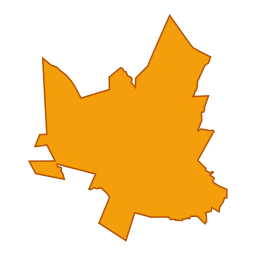 outline of Bulawayo, Bulawayo, Zimbabwe
{"feature_id": "62879985B51719638002761", "entity_name": "Bulawayo", "entity_type": "district", "adm_level": 2, "iso_a3": "ZWE", "parent_name": "Zimbabwe", "parent_adm1": "Bulawayo", "projection": "natural_earth1", "projection_center": [28.57, -20.11], "detail": "fine", "context": "isolated", "style": "filled", "palette": "amber", "viewbox_px": 256, "rotation_deg": 0, "n_neighbors": 0, "source": "geoboundaries", "source_scale": "gbopen_adm2", "svg_char_len": 2193}
<svg xmlns="http://www.w3.org/2000/svg" viewBox="0 0 256 256"><path d="M168.4,217.0L170.4,219.5L175.3,219.4L175.4,220.2L182.3,220.5L182.4,219.3L186.9,218.7L187.4,218.0L188.0,217.9L189.3,218.8L191.2,216.2L197.4,216.3L205.0,223.8L206.6,221.4L206.3,215.5L205.7,213.3L205.4,212.7L207.0,212.3L207.5,212.3L211.3,211.2L211.6,208.5L211.7,208.1L212.1,207.7L212.6,208.0L219.1,211.9L219.6,207.8L219.9,206.9L221.8,203.9L223.1,202.2L224.6,197.7L226.9,198.0L226.8,189.3L219.0,186.0L213.4,182.5L212.6,181.0L214.3,178.2L212.7,177.0L210.0,175.2L210.4,174.5L212.5,173.3L213.1,172.5L213.1,172.1L212.7,171.6L209.4,172.7L206.3,170.7L205.5,169.8L205.9,168.4L197.8,160.5L198.1,159.6L214.0,131.2L213.2,130.3L209.2,130.6L207.4,130.3L205.3,129.6L204.1,129.7L202.9,129.2L200.6,129.1L198.6,130.9L197.8,130.4L201.8,120.4L201.3,112.3L203.7,112.0L204.7,109.0L204.1,108.4L208.5,95.8L205.0,96.0L200.8,96.2L196.3,96.4L192.9,96.6L194.1,94.8L195.1,91.3L196.0,90.5L196.1,90.3L196.9,88.6L197.4,84.2L197.4,81.8L204.6,65.8L208.5,62.8L210.6,56.9L201.7,52.5L195.2,48.9L192.9,47.7L190.4,44.5L179.8,29.7L173.4,20.7L169.7,15.4L156.9,44.4L150.5,59.3L148.2,64.8L148.3,65.9L147.1,66.6L135.7,78.2L135.4,87.4L132.8,84.3L131.9,83.3L131.1,81.9L131.7,80.9L132.1,79.5L131.6,78.2L130.8,77.2L127.7,75.7L126.7,73.7L126.4,72.4L125.9,71.7L124.4,71.7L123.4,70.2L122.5,68.5L120.7,67.7L109.2,77.1L109.4,89.5L101.3,91.9L81.0,98.1L74.8,86.4L71.1,80.8L66.4,75.4L60.2,70.5L59.8,70.2L57.0,67.4L53.7,65.9L52.3,65.7L50.1,64.3L42.7,58.2L42.7,58.3L46.8,134.3L39.7,134.6L35.0,146.6L46.9,145.0L55.1,161.0L29.1,161.2L35.7,173.6L64.3,179.3L63.5,176.3L63.2,174.9L62.7,173.7L61.9,172.3L60.7,171.2L61.4,170.0L61.3,167.8L60.2,167.2L57.9,166.9L56.9,165.7L57.3,164.1L73.4,168.3L73.5,168.3L95.6,174.0L95.1,175.2L88.9,189.2L90.4,189.6L91.2,189.3L92.0,189.1L92.6,188.6L93.1,188.0L93.6,187.7L94.1,187.7L94.6,187.8L94.9,188.0L95.5,188.2L96.0,188.6L96.4,188.7L96.8,188.7L98.4,188.4L100.1,188.1L101.0,188.0L101.7,188.6L105.4,191.9L106.3,192.7L107.2,193.8L107.3,194.0L109.4,196.7L109.5,196.9L109.2,198.1L106.8,204.1L103.6,211.9L101.6,216.9L99.8,221.4L98.8,223.0L125.9,240.6L134.7,212.8L144.8,215.4L150.5,217.1L168.4,217.0Z" fill="#f59e0b" stroke="#b45309" stroke-width="1.5"/></svg>